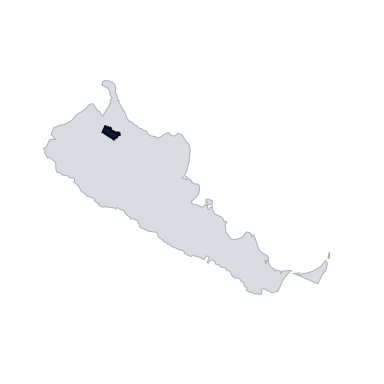 Vera, Santa Fe, Argentina shown in context, rotated 293°
{"feature_id": "61730980B38020683731034", "entity_name": "Vera", "entity_type": "district", "adm_level": 2, "iso_a3": "ARG", "parent_name": "Argentina", "parent_adm1": "Santa Fe", "projection": "mercator", "projection_center": [-60.689, -29.083], "detail": "fine", "context": "in_parent", "style": "filled", "palette": "ink", "viewbox_px": 384, "rotation_deg": 293, "n_neighbors": 0, "source": "geoboundaries", "source_scale": "gbopen_adm2", "svg_char_len": 5889}
<svg xmlns="http://www.w3.org/2000/svg" viewBox="0 0 384 384"><g transform="rotate(293 192 192)"><path d="M234.2,103.7L232.4,107.0L232.8,109.2L231.1,114.4L231.6,115.4L230.1,117.9L230.6,120.6L229.9,123.2L230.3,126.5L229.7,127.5L228.5,127.8L227.6,132.4L228.7,136.9L227.8,137.8L229.5,141.1L234.6,144.0L237.3,146.9L237.4,148.2L236.0,150.0L235.9,151.6L236.6,153.7L238.0,155.0L240.5,155.8L240.8,158.8L240.4,160.8L235.7,167.7L234.7,170.8L230.2,173.9L218.6,177.5L209.6,178.9L204.5,178.6L201.0,177.2L201.3,181.2L203.0,182.4L202.1,182.4L202.9,183.2L202.5,186.5L201.4,187.1L200.6,189.9L200.6,192.3L201.7,194.3L200.6,196.3L196.7,198.3L192.0,198.8L183.4,195.6L183.7,195.1L183.2,194.9L181.8,195.5L181.2,198.3L182.2,202.6L181.9,206.4L182.4,207.7L185.6,209.1L185.3,210.6L186.4,210.8L188.6,210.4L188.9,209.2L187.7,208.8L190.8,207.8L191.9,209.4L192.0,213.3L191.5,214.4L189.1,215.1L188.4,214.9L187.1,212.1L185.9,211.6L182.5,213.0L182.1,213.9L187.1,215.9L183.5,218.0L180.6,221.7L180.5,228.6L179.8,230.6L177.8,232.4L177.4,233.7L178.1,234.5L177.8,235.8L174.0,235.4L171.2,237.6L168.7,238.3L164.1,246.3L164.7,250.2L169.9,256.0L176.3,257.6L177.1,259.5L176.9,261.8L176.1,263.2L173.7,264.5L175.8,264.5L176.6,265.7L165.0,276.4L163.5,279.6L162.8,286.2L161.9,287.6L159.5,288.9L157.8,287.5L156.6,285.1L156.6,287.1L154.4,287.8L157.1,287.9L158.3,289.5L154.7,291.9L153.6,294.2L153.2,297.3L151.7,299.1L152.8,298.7L153.8,304.9L151.0,305.4L154.5,306.4L158.5,313.6L158.2,314.2L158.0,313.4L147.5,310.2L133.4,309.7L133.5,308.7L130.3,304.9L131.1,302.1L130.5,299.9L131.2,297.8L130.8,295.3L129.6,294.4L125.1,295.9L122.6,289.1L122.9,285.5L122.1,283.2L122.9,280.3L125.2,280.2L125.9,277.1L128.9,274.7L128.9,271.8L130.7,270.2L131.1,268.8L129.5,265.1L130.8,261.1L133.9,258.0L133.6,254.2L135.3,252.4L134.1,247.4L135.8,245.3L134.9,244.1L135.0,241.5L136.6,240.9L137.7,238.0L136.0,235.5L132.9,234.8L132.7,233.5L138.4,233.4L139.1,231.4L138.7,230.2L134.4,229.6L134.5,226.9L135.4,225.2L134.6,223.5L134.9,221.9L133.9,219.6L134.9,218.5L132.2,216.1L132.2,212.2L132.8,211.2L132.4,209.1L134.9,207.1L133.8,203.4L134.1,196.3L133.7,194.5L135.2,191.6L134.5,189.7L135.6,188.3L135.2,184.8L136.4,184.5L137.4,178.4L140.5,176.6L141.2,175.4L139.0,167.9L139.3,165.1L138.8,163.8L139.4,162.2L138.9,159.8L139.8,157.0L142.0,155.9L142.2,154.9L144.4,153.0L144.3,148.3L143.3,145.9L144.5,145.1L145.2,141.5L146.9,137.8L148.3,137.2L148.0,133.0L148.5,129.3L146.6,128.6L147.1,125.9L146.4,125.3L146.0,122.5L144.8,120.0L144.7,118.9L145.4,118.2L144.1,117.2L143.1,115.0L143.3,112.9L143.6,111.5L145.1,110.5L144.8,109.5L146.0,105.3L147.5,105.1L148.3,103.6L147.5,102.8L147.7,100.3L147.0,96.7L148.4,94.9L149.6,89.4L153.0,85.5L155.3,79.4L157.1,79.3L159.0,78.0L157.1,74.0L158.4,71.6L157.1,66.3L157.5,64.4L158.6,63.3L157.3,61.3L157.7,59.7L159.5,57.9L165.8,55.1L168.2,47.2L166.9,45.8L170.3,41.2L172.7,40.5L173.8,38.1L176.9,40.4L182.4,40.4L185.1,41.3L187.1,45.9L189.9,39.8L197.5,39.6L199.0,41.8L201.9,44.3L203.9,47.7L210.2,53.0L218.2,55.6L223.1,59.2L228.9,62.3L231.8,63.0L234.0,65.1L234.5,66.7L233.2,68.0L232.2,70.4L230.7,71.8L230.0,73.3L230.1,75.3L227.1,79.2L227.2,80.7L230.3,80.4L237.7,81.9L241.3,81.9L242.4,82.6L244.4,80.7L247.5,81.5L249.5,78.3L251.6,77.7L253.8,75.5L254.8,72.8L255.2,67.0L256.4,67.4L258.5,66.6L260.3,67.8L261.9,72.6L261.5,77.3L260.7,79.2L258.5,80.2L257.3,81.5L253.7,82.5L251.8,85.1L247.4,87.7L247.7,89.2L246.3,89.1L238.9,98.9L234.2,103.7ZM156.7,343.7L156.8,317.6L159.6,322.6L158.2,322.2L157.8,324.7L160.1,325.2L161.2,328.2L166.2,334.0L173.7,339.8L181.1,341.6L179.0,344.5L171.7,345.9L167.4,344.3L156.7,343.7ZM184.0,343.4L186.3,342.3L190.6,342.1L184.9,344.3L184.0,343.4ZM204.0,180.2L204.0,181.0L202.7,179.8L204.0,180.2Z" fill="#d9dde1" stroke="#a8b0b8" stroke-width="1"/><path d="M218.8,86.1L211.0,86.1L212.9,86.1L212.9,86.9L212.2,86.9L212.2,87.9L211.6,88.3L211.2,90.7L211.1,90.8L210.7,93.5L210.4,95.3L209.8,98.7L209.8,99.2L209.9,99.3L210.0,99.3L209.9,99.4L210.0,99.4L210.1,99.5L210.2,99.4L210.2,99.5L210.3,99.4L210.3,99.5L210.4,99.4L210.5,99.5L210.8,99.5L211.0,99.5L211.3,99.7L211.3,99.8L211.4,99.7L211.4,99.8L211.4,99.7L211.5,99.8L211.6,100.0L211.7,100.3L211.7,100.2L211.8,100.2L212.0,100.1L212.1,100.3L212.1,100.5L212.3,100.9L212.4,101.0L212.5,101.0L212.5,101.3L212.4,101.2L212.4,101.3L212.5,101.3L212.4,101.3L215.5,102.0L215.4,102.4L215.7,102.6L215.9,102.7L216.0,102.9L216.0,103.0L216.3,103.2L216.3,103.3L216.1,103.4L216.1,103.5L216.3,103.5L216.5,103.3L216.5,103.2L216.3,103.2L216.5,103.1L216.6,102.9L216.7,102.7L216.8,102.7L216.7,102.6L216.8,102.6L216.7,102.5L216.8,102.4L217.0,102.4L217.1,102.2L217.3,102.1L217.2,102.0L217.3,102.0L217.2,101.9L217.3,101.9L217.3,101.7L217.5,101.7L217.4,101.6L217.5,101.7L217.8,101.4L217.9,101.5L218.0,101.4L218.0,101.2L218.2,100.8L218.3,100.8L218.3,100.7L218.2,100.6L217.9,100.6L217.7,100.6L217.6,100.4L217.4,100.3L217.5,100.3L217.5,100.2L217.4,100.2L217.5,100.2L217.4,100.1L217.4,99.9L217.5,99.8L217.4,99.7L217.5,99.7L217.4,99.7L217.5,99.6L217.4,99.4L217.2,99.4L216.8,99.2L216.8,98.9L216.9,98.6L216.8,98.4L216.8,98.2L216.7,98.1L216.8,98.1L216.7,98.0L216.7,97.9L216.7,97.7L216.8,97.5L216.9,97.4L216.8,97.2L217.0,97.1L216.9,97.1L217.0,97.0L217.1,96.8L217.1,96.7L217.3,96.7L217.2,96.4L217.2,96.2L217.3,96.1L217.2,95.9L217.1,95.6L216.9,95.2L217.0,95.2L216.6,94.5L216.8,94.5L217.4,94.7L217.5,94.5L217.5,94.4L217.4,94.3L217.4,94.2L217.1,94.2L217.3,93.2L217.6,93.2L217.7,92.6L219.1,92.8L219.2,92.7L219.1,92.4L219.0,92.2L219.0,92.3L219.0,92.2L218.9,92.2L219.0,91.9L218.9,91.9L219.0,91.8L218.9,91.8L219.0,91.8L218.9,91.8L218.9,91.7L219.0,91.6L219.0,91.4L219.0,91.5L219.0,91.4L218.9,91.3L218.9,91.2L218.7,91.2L218.8,91.2L218.7,91.2L218.8,91.1L218.8,90.9L218.7,90.9L218.8,90.9L218.7,90.8L218.8,90.8L218.7,90.8L218.8,90.7L218.7,90.6L218.8,90.5L218.8,90.4L218.9,90.2L219.0,89.9L219.1,89.7L218.9,89.7L218.8,89.1L218.4,89.1L218.3,88.8L218.3,88.1L218.9,88.1L218.9,86.9L218.8,86.1Z" fill="#0f172a" stroke="#020617" stroke-width="1.5"/></g></svg>